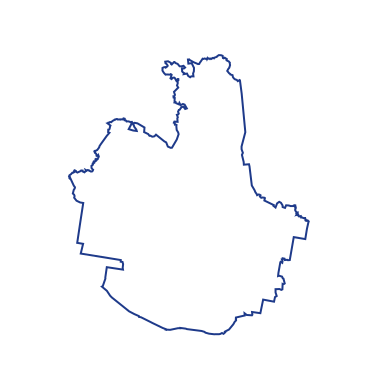 Blīdenes pag., Brocenu, Latvia, rotated 197°
{"feature_id": "27541924B82877034369883", "entity_name": "Blīdenes pag.", "entity_type": "district", "adm_level": 2, "iso_a3": "LVA", "parent_name": "Latvia", "parent_adm1": "Brocenu", "projection": "albers", "projection_center": [22.765, 56.631], "detail": "fine", "context": "isolated", "style": "outline", "palette": "blue", "viewbox_px": 384, "rotation_deg": 197, "n_neighbors": 0, "source": "geoboundaries", "source_scale": "gbopen_adm2", "svg_char_len": 5966}
<svg xmlns="http://www.w3.org/2000/svg" viewBox="0 0 384 384"><g transform="rotate(197 192 192)"><path d="M220.8,322.6L221.9,319.0L222.3,318.1L222.5,316.6L223.6,316.1L228.4,316.6L233.4,317.7L233.5,317.9L234.6,317.5L233.0,313.7L230.0,315.1L226.4,311.3L225.5,308.0L225.6,305.6L224.4,303.0L226.5,302.4L227.3,301.2L229.6,301.9L231.4,303.8L234.3,302.3L234.2,303.4L235.8,303.8L236.8,304.6L237.1,305.7L237.7,306.8L237.6,307.4L235.9,307.7L235.0,309.0L237.0,310.2L239.0,309.0L240.6,308.6L243.2,310.3L245.5,310.5L246.7,311.2L247.2,311.0L248.7,308.0L249.4,308.2L250.0,309.3L253.1,310.0L255.7,308.8L255.0,307.4L254.0,307.1L252.3,305.9L252.2,305.1L253.5,303.3L254.1,303.7L255.7,302.8L256.5,302.0L255.7,299.4L253.7,297.7L251.6,296.5L250.6,297.0L247.4,297.8L246.8,298.5L245.8,298.2L245.7,297.2L245.8,294.4L244.6,294.0L243.8,295.5L242.6,296.2L241.8,296.0L239.5,293.8L238.8,295.8L238.1,296.0L237.7,295.0L238.2,294.2L237.4,291.6L237.5,289.5L235.7,287.8L238.5,282.5L236.7,279.9L236.9,278.4L237.7,278.1L237.2,276.9L236.0,276.9L235.5,274.6L235.0,273.1L234.6,273.2L234.8,272.5L233.6,272.6L233.1,272.3L230.2,272.0L230.1,273.5L228.3,271.7L226.4,273.5L224.6,273.4L221.4,270.4L222.8,269.4L225.1,271.0L226.8,270.2L227.9,267.0L228.6,266.6L228.8,264.7L227.6,263.1L227.9,262.2L229.0,261.4L227.4,259.3L227.6,258.2L226.3,254.9L229.4,254.2L229.6,253.3L229.6,252.9L228.7,252.8L228.1,251.5L227.6,251.8L226.4,251.6L226.2,250.3L224.8,246.9L222.7,245.0L221.7,243.4L221.9,237.8L224.1,228.5L225.3,228.0L228.4,228.4L231.2,231.9L233.2,232.3L243.2,236.3L244.2,234.3L245.8,233.4L246.5,233.3L248.3,233.7L249.1,233.3L250.8,234.6L255.3,235.3L256.3,239.8L264.2,241.7L267.1,241.4L267.8,240.7L267.8,239.2L267.3,239.0L266.3,237.5L263.6,235.5L262.7,234.2L266.3,233.6L270.9,233.6L269.5,241.1L270.0,241.5L271.3,240.7L271.9,241.0L273.8,240.9L275.2,240.3L276.0,241.0L277.3,240.9L277.4,241.4L277.9,241.4L277.7,241.9L277.8,242.4L279.0,242.4L279.2,242.2L279.3,241.4L280.0,240.9L281.2,240.8L281.8,240.2L282.8,240.2L284.1,239.6L285.0,239.9L285.9,239.5L286.4,238.8L287.2,238.6L287.4,238.1L288.7,236.8L289.7,235.1L290.8,235.0L291.5,234.2L292.4,233.8L292.6,233.2L292.9,233.0L289.4,231.7L289.5,230.6L289.3,228.6L289.4,227.7L289.7,227.3L290.3,227.1L289.7,224.7L288.3,224.5L289.9,220.8L293.2,211.1L293.9,208.7L293.8,207.7L294.1,206.7L294.9,204.5L296.1,203.3L297.0,202.9L297.3,202.4L296.5,201.4L296.3,201.6L295.9,201.0L295.1,200.7L294.3,200.0L294.2,199.4L293.9,199.3L293.7,198.7L292.4,199.0L292.3,199.7L291.5,198.7L291.6,197.5L292.0,196.2L291.8,195.8L292.2,195.2L292.7,194.6L293.2,194.6L293.7,195.4L293.9,195.2L293.7,194.3L293.1,194.2L292.9,193.8L293.8,192.7L294.9,192.5L295.0,191.2L294.3,191.0L294.8,190.3L294.8,189.9L295.2,189.8L294.9,188.8L295.8,187.6L295.1,185.6L293.6,184.5L293.1,184.4L293.1,183.4L293.5,182.5L294.6,182.0L296.0,182.3L296.4,182.2L296.9,182.6L298.2,182.5L299.1,181.8L300.1,182.0L299.4,181.1L299.9,180.8L300.0,180.3L300.4,180.0L300.6,179.4L302.7,179.7L302.9,180.5L304.3,180.2L305.0,179.1L307.3,177.1L308.5,177.4L309.1,178.1L309.4,178.0L309.7,177.6L310.2,178.4L310.7,178.4L310.9,177.7L310.6,177.2L310.6,176.5L311.1,176.4L311.5,175.5L312.1,175.4L312.9,173.7L314.1,172.1L314.1,171.7L314.1,171.0L313.5,170.9L313.6,170.2L313.2,169.3L312.5,169.0L312.2,169.4L306.9,163.5L305.3,162.3L305.2,161.0L305.7,159.6L305.5,155.7L304.0,155.0L303.1,153.8L303.0,152.1L299.9,149.9L296.0,149.3L292.8,149.7L290.2,131.8L286.9,109.8L281.0,110.6L280.4,100.6L240.2,106.1L239.8,104.5L238.0,104.8L236.8,102.9L236.1,99.2L235.3,97.6L251.5,95.2L249.9,84.9L249.5,83.8L249.8,75.9L250.5,75.2L244.5,72.6L240.0,68.9L237.8,67.7L217.3,59.5L211.5,58.4L206.5,57.8L206.2,57.1L204.1,57.3L193.4,55.5L191.8,55.2L180.2,53.4L177.0,53.2L177.0,52.7L176.1,52.7L176.0,53.0L172.6,53.8L165.5,57.7L163.3,58.3L163.4,58.6L158.0,59.5L156.8,59.4L142.2,61.9L139.1,61.9L138.1,61.4L134.3,61.5L129.4,62.4L124.6,63.9L123.5,64.5L122.1,65.9L120.4,65.6L119.2,67.6L119.7,68.1L116.4,71.3L113.8,77.6L113.2,80.4L112.3,82.1L112.7,83.2L112.9,83.2L113.3,84.8L105.5,89.3L106.3,91.4L103.7,90.4L98.6,91.6L98.4,92.3L99.5,94.8L91.2,96.1L92.5,109.9L81.5,111.1L81.9,115.8L80.6,117.3L82.7,120.3L83.7,123.5L79.9,124.8L78.0,124.5L77.1,125.3L78.4,130.4L78.1,130.3L77.0,131.1L76.9,131.7L76.7,131.8L79.2,135.9L80.0,136.0L81.1,137.4L84.3,137.4L85.1,136.8L85.7,139.9L87.0,150.7L86.8,151.2L85.0,150.7L85.2,152.4L86.4,153.9L85.7,154.3L85.9,155.1L84.0,155.3L83.3,154.1L81.1,155.0L80.4,154.8L78.6,155.5L81.5,178.6L69.9,180.1L71.3,190.3L71.8,196.7L71.8,198.0L73.0,198.6L73.6,198.0L74.2,198.1L74.5,197.8L74.9,197.9L74.8,198.6L75.5,198.7L75.5,199.1L76.2,200.2L77.8,199.6L79.1,199.9L80.2,199.5L80.9,200.8L82.4,199.9L83.3,200.5L83.4,201.0L83.8,201.4L84.2,200.6L84.7,200.6L84.9,201.0L84.9,201.6L85.4,201.1L85.3,201.7L85.9,202.0L85.6,202.9L86.0,202.7L86.2,203.4L86.7,203.5L87.9,204.6L88.2,205.3L88.0,206.4L88.5,206.8L88.4,207.3L88.7,207.3L89.1,207.9L88.9,208.4L89.1,208.5L89.2,209.2L89.3,209.4L90.2,209.0L91.0,209.7L90.3,208.4L93.4,207.4L95.5,207.4L98.1,206.8L98.4,204.0L100.9,204.1L101.5,205.7L103.8,207.7L105.7,208.1L107.3,206.0L107.6,201.6L110.1,202.6L110.0,203.4L120.3,205.0L120.5,207.5L120.9,207.7L122.9,207.4L124.1,206.7L125.7,207.5L125.5,208.3L125.5,208.9L126.6,209.2L127.6,209.1L128.8,208.0L129.9,209.3L131.1,210.1L132.8,212.1L136.7,215.7L144.5,233.3L145.6,235.2L150.4,233.3L151.4,235.9L155.1,242.1L154.8,244.3L157.1,247.4L157.9,250.0L158.5,264.8L173.3,300.7L178.8,312.8L179.2,313.0L180.6,311.4L182.0,312.3L183.7,312.3L185.2,312.9L186.5,313.9L187.4,315.6L189.7,315.6L190.1,316.1L191.2,316.4L193.7,318.1L193.3,320.2L192.7,321.7L192.7,324.5L193.5,326.0L193.6,326.7L195.0,327.6L197.4,328.0L197.7,328.3L197.6,329.3L200.0,330.0L200.7,329.1L201.6,329.2L202.5,331.2L204.3,331.3L206.4,330.7L207.6,329.2L207.8,328.5L210.0,326.9L210.1,326.3L210.7,326.4L211.2,326.0L211.6,326.1L212.5,324.9L213.1,325.1L213.7,324.8L213.8,324.5L214.2,324.7L214.7,324.4L215.6,324.6L216.0,324.0L216.4,324.4L216.5,323.7L216.7,324.0L217.3,323.3L218.9,323.4L219.9,322.6L220.8,322.6Z" fill="none" stroke="#1e3a8a" stroke-width="2"/></g></svg>